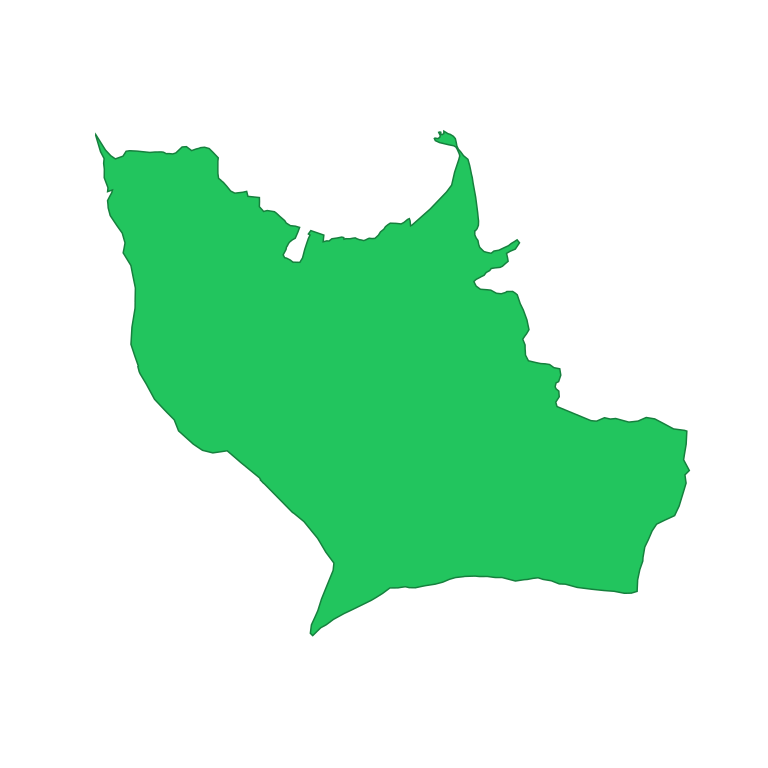 Musoma Urban, Mara, United Republic of Tanzania, rotated 6°
{"feature_id": "72390352B68648514157418", "entity_name": "Musoma Urban", "entity_type": "district", "adm_level": 2, "iso_a3": "TZA", "parent_name": "United Republic of Tanzania", "parent_adm1": "Mara", "projection": "mercator", "projection_center": [33.795, -1.521], "detail": "fine", "context": "isolated", "style": "filled", "palette": "green", "viewbox_px": 768, "rotation_deg": 6, "n_neighbors": 0, "source": "geoboundaries", "source_scale": "gbopen_adm2", "svg_char_len": 5763}
<svg xmlns="http://www.w3.org/2000/svg" viewBox="0 0 768 768"><g transform="rotate(6 384 384)"><path d="M696.7,438.1L689.9,428.1L690.1,423.5L690.8,412.3L690.1,399.2L687.7,398.7L676.6,398.4L666.7,394.3L656.9,390.4L648.3,389.9L646.5,390.9L643.0,392.9L640.6,394.3L631.5,396.3L618.0,394.1L612.8,395.2L606.8,394.5L599.3,398.7L596.2,398.8L593.6,398.8L558.6,388.4L558.4,388.3L556.7,384.1L559.6,378.4L558.6,372.8L555.7,370.9L554.5,368.9L555.0,364.9L557.4,363.4L558.9,356.7L558.3,354.5L557.2,350.5L551.3,350.0L546.6,347.3L542.2,347.1L537.7,347.3L532.8,346.8L525.2,345.8L521.7,340.5L521.0,336.0L520.7,334.6L520.2,330.4L517.3,324.9L519.0,321.7L520.5,319.2L522.5,314.8L520.2,307.7L519.5,305.4L514.8,295.8L511.1,289.9L507.2,281.4L505.2,280.0L502.3,278.5L496.4,279.2L495.4,280.2L491.2,282.0L486.3,282.0L480.4,279.5L476.7,279.5L476.2,279.5L470.0,279.7L465.4,277.0L462.7,272.8L462.7,272.7L464.4,270.6L465.2,270.0L468.8,267.6L469.0,267.4L472.2,265.4L474.0,262.4L477.2,260.2L478.5,258.1L478.6,257.9L482.3,256.9L487.2,255.9L489.5,254.5L492.2,251.5L494.6,249.0L493.8,246.0L493.6,245.3L492.2,241.3L495.6,238.8L500.5,236.1L504.0,229.4L501.3,226.7L498.6,228.9L495.9,230.9L493.4,233.4L489.2,235.9L484.3,238.9L479.4,240.3L476.9,242.8L472.2,242.3L469.5,241.8L467.6,240.3L464.9,238.1L463.6,235.4L462.4,231.4L460.5,229.3L458.7,226.2L458.6,225.0L458.2,222.2L458.9,222.0L460.3,219.9L461.3,216.3L461.0,212.0L460.3,209.0L459.2,203.6L458.3,199.8L456.9,193.9L455.6,188.5L451.5,174.5L450.2,169.4L449.0,166.1L447.7,161.9L446.3,157.6L444.0,151.8L439.2,148.6L436.0,145.1L433.4,142.7L431.6,139.7L430.7,136.6L429.3,132.5L427.1,130.4L423.8,128.8L421.5,128.4L419.3,127.3L417.1,126.3L417.2,127.4L417.3,128.7L415.6,130.0L414.3,129.4L414.2,127.7L413.3,127.5L412.1,128.0L412.8,129.2L414.0,130.9L413.7,132.8L412.0,134.3L409.0,134.1L408.4,134.6L409.6,136.6L414.0,138.1L423.2,139.3L428.5,139.8L430.7,140.8L432.2,142.8L433.1,144.3L434.8,147.3L435.5,149.3L434.9,153.1L432.1,165.9L430.5,179.1L426.1,186.5L411.6,205.2L395.3,223.0L393.9,223.9L393.5,222.0L392.9,219.1L391.9,216.9L390.2,217.9L387.0,221.2L384.3,223.0L379.1,223.0L373.4,223.4L371.2,225.2L369.0,227.4L367.7,230.0L364.6,233.1L362.9,236.6L359.8,240.1L357.0,240.6L354.0,240.6L352.4,241.5L350.4,242.8L348.8,243.5L346.0,243.1L344.6,243.1L341.9,242.4L340.2,241.7L338.0,242.2L335.0,243.1L330.8,243.5L329.1,244.2L328.7,242.6L326.6,242.3L322.2,243.7L317.0,245.0L314.3,247.6L312.2,247.6L310.1,248.4L308.6,248.9L308.6,242.2L295.2,239.1L293.1,242.7L294.9,243.6L293.6,247.1L292.4,252.3L291.1,258.4L289.8,267.1L287.6,271.8L284.3,272.1L282.6,272.2L281.2,272.3L280.9,272.5L277.8,270.5L273.9,269.0L272.0,268.8L270.4,266.4L270.2,266.1L272.5,260.5L272.7,258.0L273.4,256.8L274.2,254.6L275.1,252.9L277.8,250.2L280.5,248.3L282.4,242.2L283.7,237.1L279.4,236.3L274.3,236.3L269.9,234.1L268.2,231.9L262.6,228.0L259.2,225.4L257.0,224.1L249.7,223.7L246.2,225.0L245.3,224.1L241.5,220.7L241.1,215.5L240.6,211.6L232.9,211.6L229.0,211.6L228.9,211.2L227.3,206.8L223.4,208.1L215.7,209.8L211.3,208.1L211.0,207.8L207.0,203.8L203.2,200.3L200.4,198.5L200.4,198.3L198.0,196.8L196.8,192.0L196.3,187.7L195.5,179.8L195.5,176.4L189.9,171.6L185.5,168.1L180.8,167.3L176.9,168.1L175.2,169.0L172.6,169.9L168.3,172.0L162.7,168.6L158.4,169.4L155.0,173.4L152.8,176.0L149.8,177.3L146.3,177.3L143.3,177.7L141.2,176.8L140.2,176.5L138.1,176.5L131.6,177.3L126.9,178.2L120.4,178.2L114.0,178.2L106.6,178.6L103.2,179.5L100.6,184.7L93.3,188.2L88.5,185.6L82.5,180.4L71.3,166.1L71.3,166.9L77.8,182.6L82.1,189.1L82.1,193.8L83.4,199.5L84.2,208.1L86.8,213.3L89.0,217.7L89.0,221.6L91.7,220.3L93.7,219.4L93.3,222.0L92.8,223.3L91.9,225.4L89.9,230.5L90.7,234.2L91.3,237.7L94.1,245.1L101.9,254.5L107.9,261.3L108.8,263.5L108.9,263.9L109.3,264.6L109.6,265.6L109.9,266.3L111.7,270.7L111.2,277.7L111.1,278.3L110.9,280.9L111.7,281.9L113.3,284.0L119.9,292.6L122.9,302.4L126.7,314.5L127.9,328.3L128.0,328.6L128.1,330.0L128.4,333.2L128.5,334.8L128.0,343.3L127.6,350.2L127.4,353.7L128.2,371.0L133.1,381.9L137.8,391.8L137.4,392.4L138.9,396.4L139.2,397.3L139.5,397.8L140.5,399.5L147.3,408.5L157.4,423.2L168.5,432.8L171.6,435.4L179.1,441.5L184.6,452.1L200.7,463.8L209.8,468.6L210.1,468.7L210.3,468.9L220.9,470.4L221.0,470.4L228.9,468.4L235.0,466.8L243.4,472.6L249.7,477.0L269.8,490.2L270.3,490.7L271.2,491.8L271.0,492.3L273.2,494.1L273.4,494.3L274.3,495.1L274.5,495.2L275.6,495.9L306.3,521.2L307.4,521.8L307.6,521.8L318.8,529.2L324.2,534.6L324.6,535.0L324.8,535.1L326.8,537.2L334.1,544.4L336.3,547.3L343.7,557.3L352.7,567.1L352.8,567.3L352.9,567.7L352.9,569.9L352.9,572.8L352.9,574.7L347.5,593.3L344.2,604.8L344.1,605.5L342.0,615.8L341.9,616.3L339.8,622.8L337.0,631.1L336.8,639.6L339.1,641.5L339.4,641.7L342.3,638.2L343.0,637.3L346.6,633.0L351.4,629.7L351.6,629.6L358.3,623.4L368.5,616.3L370.2,615.3L374.8,612.5L394.2,600.3L398.5,597.1L403.7,593.0L404.4,592.5L411.2,586.2L417.3,585.5L419.1,585.3L422.4,584.4L426.4,583.4L428.2,583.6L430.3,583.9L436.0,583.4L436.4,583.4L443.1,581.2L446.7,580.1L449.4,579.4L455.8,577.7L461.4,575.6L463.2,574.9L469.5,571.4L474.4,569.4L475.4,569.0L483.1,567.3L484.5,566.9L494.7,565.5L498.7,565.5L507.1,564.6L513.5,564.8L515.3,564.8L519.0,564.4L521.6,564.1L535.3,566.2L541.4,564.6L543.3,564.1L544.1,563.9L547.0,563.4L552.6,561.7L555.3,561.1L557.5,560.6L559.4,561.0L562.6,561.7L571.0,562.2L579.2,564.5L585.3,564.1L597.4,566.1L612.6,566.4L615.3,566.4L624.5,566.4L634.5,566.1L645.0,567.0L651.9,566.1L657.1,563.9L657.4,563.8L656.8,553.5L656.7,552.5L657.8,541.9L659.9,533.0L659.8,531.8L659.7,529.1L659.8,528.1L660.4,518.9L663.2,511.1L665.7,503.1L665.9,502.5L666.0,502.1L669.4,495.6L669.9,494.8L678.2,489.6L678.6,489.4L686.8,484.5L688.9,478.4L690.3,474.5L690.3,474.4L692.7,462.0L693.0,460.5L694.5,452.5L694.8,451.0L694.2,448.7L692.8,442.9L696.7,438.1Z" fill="#22c55e" stroke="#15803d" stroke-width="1.5"/></g></svg>